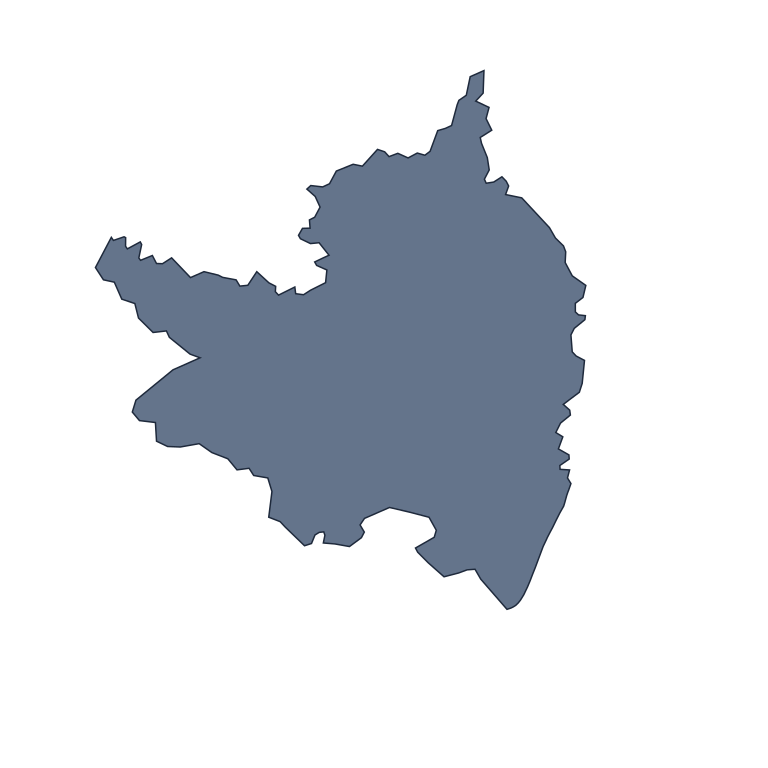 Lorenzo Geyres, Paysandú, Uruguay, rotated 242°
{"feature_id": "84410073B97656346640878", "entity_name": "Lorenzo Geyres", "entity_type": "district", "adm_level": 2, "iso_a3": "URY", "parent_name": "Uruguay", "parent_adm1": "Paysandú", "projection": "orthographic", "projection_center": [-57.922, -32.146], "detail": "fine", "context": "isolated", "style": "filled", "palette": "slate", "viewbox_px": 768, "rotation_deg": 242, "n_neighbors": 0, "source": "geoboundaries", "source_scale": "gbopen_adm2", "svg_char_len": 2607}
<svg xmlns="http://www.w3.org/2000/svg" viewBox="0 0 768 768"><g transform="rotate(242 384 384)"><path d="M593.6,412.5L592.3,407.4L581.9,411.3L570.2,410.6L563.8,401.1L563.9,395.2L556.3,391.9L559.7,385.1L555.4,378.3L551.5,378.4L542.5,385.0L539.2,393.0L523.5,395.9L523.9,389.5L524.3,380.1L520.3,380.2L511.5,387.1L500.9,380.0L501.3,363.2L500.6,354.9L505.2,348.4L511.5,350.8L512.0,332.6L516.5,331.4L521.1,334.2L527.3,329.9L542.9,324.4L535.1,310.1L538.1,302.7L545.4,302.3L553.9,291.6L557.9,288.8L567.7,277.8L568.8,263.1L595.1,255.7L594.2,244.9L597.2,239.7L606.2,239.8L607.5,227.1L610.4,226.7L620.9,235.5L623.9,235.5L623.8,220.8L627.0,220.5L634.5,224.6L636.0,223.6L637.8,212.5L641.5,212.1L622.3,183.9L607.7,185.2L600.5,193.7L582.0,192.3L572.0,201.8L557.5,198.2L537.9,204.3L533.0,216.8L525.9,216.4L501.4,226.8L493.5,233.9L495.6,204.4L486.2,157.4L477.4,148.6L466.5,150.9L457.3,164.1L440.3,156.3L430.4,163.6L424.0,174.6L418.1,192.8L404.3,199.8L391.3,211.0L377.2,213.9L372.9,225.3L364.4,226.0L355.6,237.3L341.7,234.6L320.5,219.7L311.2,227.7L304.1,229.6L278.5,237.9L277.2,245.1L283.1,252.2L283.4,257.2L281.7,261.4L278.2,260.8L272.1,255.8L265.8,265.6L256.7,277.2L258.9,291.9L262.5,297.1L270.8,296.7L274.5,303.7L272.4,330.9L258.3,347.0L245.2,361.2L230.3,361.5L225.1,356.4L224.4,334.8L219.6,334.8L205.4,339.1L185.6,346.5L182.1,361.2L180.9,370.1L177.7,377.4L166.3,377.8L127.3,386.8L126.6,390.8L126.5,393.3L126.7,396.4L127.7,399.8L129.1,403.0L132.3,408.5L135.2,412.4L137.4,415.4L141.8,420.8L146.0,425.6L150.9,431.4L158.8,440.3L165.8,448.2L170.7,454.8L171.6,455.9L175.4,461.4L178.0,465.3L182.8,471.9L187.6,478.7L191.8,485.3L194.4,487.9L199.8,493.0L202.6,496.0L203.5,497.1L208.3,502.3L214.9,501.9L221.0,507.5L226.0,499.4L229.5,501.0L230.8,512.3L234.6,514.0L244.8,507.5L253.4,517.1L260.5,512.9L266.6,521.5L269.1,534.0L273.7,535.7L281.8,532.7L283.1,540.5L285.0,552.6L291.5,559.3L310.7,572.1L318.5,566.8L324.0,565.3L339.6,572.1L343.8,578.1L346.5,591.6L349.8,593.9L353.7,588.2L357.8,586.8L365.4,590.8L367.0,600.3L376.3,608.5L391.1,601.0L406.2,601.0L415.4,606.5L421.7,607.3L432.4,603.9L444.4,603.5L483.7,593.0L494.2,580.3L500.3,587.0L505.7,587.1L511.6,585.4L510.8,575.7L513.3,568.5L517.7,568.8L523.6,577.4L535.4,581.5L550.7,583.1L556.5,584.7L557.5,598.3L570.4,598.7L578.9,606.6L590.7,597.8L594.3,608.1L613.8,619.4L614.9,604.4L600.3,592.2L599.3,583.3L596.2,579.7L580.5,565.0L580.9,558.1L582.5,550.4L567.8,533.9L566.8,527.5L572.3,521.8L572.3,511.4L581.2,504.5L582.4,495.2L588.7,493.6L594.2,488.4L586.5,467.2L592.5,459.9L594.4,441.9L586.4,429.9L586.8,422.4L593.6,412.5Z" fill="#64748b" stroke="#1e293b" stroke-width="1.5"/></g></svg>